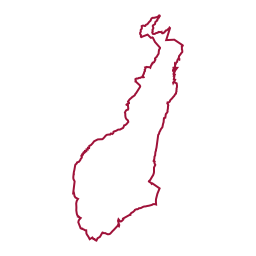 Chignautla, Puebla, Mexico (Natural Earth projection)
{"feature_id": "50627088B95871008533401", "entity_name": "Chignautla", "entity_type": "district", "adm_level": 2, "iso_a3": "MEX", "parent_name": "Mexico", "parent_adm1": "Puebla", "projection": "natural_earth1", "projection_center": [-97.415, 19.757], "detail": "fine", "context": "isolated", "style": "outline", "palette": "rose", "viewbox_px": 256, "rotation_deg": 0, "n_neighbors": 0, "source": "geoboundaries", "source_scale": "gbopen_adm2", "svg_char_len": 5702}
<svg xmlns="http://www.w3.org/2000/svg" viewBox="0 0 256 256"><path d="M107.0,134.8L106.4,135.1L105.5,135.9L104.1,137.6L102.8,138.9L102.3,139.2L97.9,139.4L97.2,139.7L94.1,141.3L92.6,143.3L91.0,145.0L89.3,145.9L89.1,148.0L87.9,147.8L87.7,149.6L86.5,149.4L86.3,151.2L85.0,151.0L85.0,151.9L84.6,151.9L84.5,152.3L84.2,152.2L84.1,152.6L83.7,152.6L83.7,153.0L83.3,153.0L83.1,154.3L82.4,154.2L82.3,155.1L81.8,155.1L81.3,155.9L81.9,156.9L81.8,157.4L81.6,157.9L80.6,159.1L80.2,160.2L78.8,161.9L77.2,162.3L76.9,162.7L76.8,163.4L75.4,164.6L75.1,165.7L74.4,169.8L73.8,172.3L73.8,174.1L73.6,174.1L73.3,177.1L73.4,178.7L73.6,179.4L74.6,181.3L74.6,181.6L73.2,193.1L73.9,192.8L74.5,196.0L75.4,197.5L78.0,198.9L77.6,199.4L76.7,201.1L76.2,203.4L76.4,207.4L76.3,210.4L76.8,213.7L77.2,215.0L77.7,215.7L79.2,217.0L78.9,217.1L80.7,218.0L80.2,218.7L79.5,219.2L78.7,220.6L78.3,222.2L80.6,228.2L81.9,228.5L81.8,228.8L83.7,229.4L84.8,230.2L86.2,230.3L86.4,233.4L86.9,234.5L88.4,236.7L89.7,239.2L92.4,237.5L93.0,238.3L93.4,239.1L94.5,239.0L95.2,240.1L96.4,240.6L97.6,238.2L99.9,236.9L102.4,232.6L102.7,232.5L103.5,233.1L104.5,233.1L105.3,233.1L106.3,233.7L107.9,234.3L109.4,234.1L110.3,233.6L112.8,230.8L113.5,230.2L117.9,225.5L118.9,226.3L119.2,225.3L119.2,224.9L118.3,224.2L118.8,223.4L118.0,220.9L118.5,219.3L120.1,221.2L120.8,221.5L121.5,221.2L123.3,219.5L123.0,218.6L129.8,214.8L129.9,215.0L130.4,214.9L130.4,214.0L131.4,212.9L132.9,212.1L134.0,211.1L134.5,210.7L134.9,209.9L136.5,209.2L137.3,209.3L138.4,208.8L139.0,208.2L139.9,208.2L140.9,208.0L143.2,206.8L144.2,206.5L145.7,206.4L147.2,206.0L149.0,205.7L151.9,204.9L153.2,204.1L154.8,204.1L156.1,204.5L155.9,201.5L156.0,199.2L157.4,193.7L159.6,188.4L152.4,183.4L151.7,183.9L151.2,183.1L150.9,182.8L148.9,181.5L149.0,181.1L150.2,180.0L152.3,176.4L153.1,175.2L153.8,173.2L154.0,172.0L154.0,167.5L155.3,164.9L154.6,163.5L154.3,162.1L154.7,161.6L154.4,161.1L153.9,161.2L153.6,161.0L154.3,159.0L154.5,156.5L155.1,155.5L155.4,152.1L156.0,150.5L155.9,150.1L156.5,147.6L158.2,134.9L159.0,133.8L159.4,132.1L160.3,130.6L160.6,129.7L161.1,128.9L162.4,127.2L163.0,124.1L163.6,122.1L163.8,119.5L164.0,118.9L163.9,118.4L164.2,117.9L165.3,117.7L165.6,115.8L165.6,115.2L165.8,114.3L166.1,113.6L166.5,113.4L167.6,111.7L167.5,111.3L167.5,110.6L167.9,108.5L168.0,106.3L168.3,105.4L168.1,105.1L168.1,104.5L167.3,103.4L167.5,102.7L167.9,103.0L168.2,102.5L168.8,102.3L169.8,101.5L170.1,100.5L170.7,99.7L171.7,98.8L173.7,96.4L174.0,96.2L175.5,93.8L176.0,93.6L176.1,92.2L176.5,91.5L176.4,90.3L176.6,89.5L176.5,88.7L176.9,87.3L177.0,85.9L176.7,83.4L174.2,82.2L173.5,82.4L173.2,83.0L173.1,82.7L173.3,82.3L173.8,81.9L174.1,81.4L174.6,80.9L175.1,79.7L173.8,79.4L174.4,76.1L173.8,75.9L174.2,75.1L174.1,74.8L174.6,74.9L174.8,74.5L174.3,74.3L173.7,74.4L173.5,74.1L173.7,73.1L173.8,72.9L173.9,72.6L174.2,72.7L174.5,71.5L174.8,71.5L175.1,70.6L177.1,67.9L176.2,67.9L175.3,69.0L173.3,70.4L173.0,70.5L173.0,70.2L173.4,70.0L173.4,69.3L173.7,68.6L173.5,67.7L174.5,67.5L175.1,66.5L175.0,66.0L175.1,65.1L175.2,64.9L175.0,64.3L175.0,63.9L175.5,64.4L175.8,63.8L175.9,63.1L176.2,62.8L176.3,62.4L177.0,62.0L177.2,61.7L177.2,61.1L177.4,60.2L177.8,59.4L178.5,59.2L179.3,59.6L179.4,59.0L178.5,58.3L179.0,57.0L179.0,56.2L180.8,53.9L181.1,53.3L182.2,52.2L182.3,51.6L182.2,50.0L181.9,49.5L181.9,47.3L181.8,47.0L181.8,46.5L182.1,46.5L182.8,45.6L182.7,45.3L174.3,39.7L166.2,40.1L170.0,28.1L169.5,27.6L168.9,28.7L168.3,29.0L166.9,30.2L166.4,30.5L165.8,30.5L164.3,32.5L164.1,32.5L163.1,32.9L163.0,33.2L162.3,33.3L161.7,32.6L161.6,32.2L161.5,32.3L160.2,32.0L159.5,32.1L158.8,31.9L158.2,32.2L157.8,32.7L156.0,33.1L154.9,33.8L153.9,34.0L152.8,33.8L152.2,32.2L152.7,31.6L152.7,31.4L152.7,30.8L152.5,30.4L152.5,29.7L153.2,28.7L153.3,28.0L153.3,27.6L152.8,26.5L152.8,25.7L153.1,25.3L154.9,24.2L155.1,23.6L155.3,22.2L155.6,21.7L156.4,21.2L157.1,20.6L157.0,20.1L157.6,19.6L157.7,18.9L158.1,18.2L159.0,17.6L159.2,16.8L159.8,16.1L159.7,15.6L159.4,15.4L159.2,15.4L158.7,15.7L158.0,16.8L154.1,17.8L152.6,17.8L151.6,18.4L151.0,19.4L150.6,20.6L149.2,21.9L147.4,24.2L146.0,24.8L145.6,25.2L145.3,25.9L144.7,26.0L143.4,25.6L142.5,25.7L141.7,26.1L141.9,28.1L141.7,28.7L141.4,29.2L140.9,29.6L140.7,30.1L140.8,31.6L140.6,32.1L140.2,32.6L140.1,33.1L140.2,34.1L140.5,34.6L140.9,34.9L141.0,35.5L140.9,36.2L140.9,36.7L141.3,37.1L142.9,36.4L147.6,34.6L150.8,37.8L151.2,37.8L152.3,37.4L152.9,37.8L155.0,42.0L160.0,47.7L159.9,48.6L159.4,49.1L159.1,49.6L158.8,51.3L158.6,53.7L157.3,55.7L156.9,56.6L155.5,57.9L155.0,58.5L155.0,59.1L155.4,59.6L155.3,59.9L154.1,62.2L152.6,62.7L152.6,63.5L152.1,63.9L151.8,64.0L151.5,65.0L151.2,65.2L150.9,65.9L150.3,67.7L149.9,67.4L149.3,67.2L147.5,67.1L146.8,66.9L145.2,67.4L145.6,68.1L145.2,69.1L144.7,69.7L144.7,70.1L145.0,70.7L144.9,71.2L144.3,71.9L144.0,72.9L143.9,73.8L143.5,74.1L143.1,75.2L142.7,75.8L142.7,76.1L142.8,76.3L143.2,76.4L143.6,77.2L143.0,77.3L141.8,77.1L141.4,77.2L140.2,77.9L139.0,77.9L138.5,78.1L137.9,78.5L136.4,78.5L135.4,79.2L135.6,80.0L135.5,81.3L136.0,81.3L136.1,81.9L139.6,85.1L140.2,86.2L140.0,87.0L136.0,93.3L135.5,93.7L135.0,94.8L134.6,95.4L132.8,96.7L132.4,96.8L131.8,97.5L129.7,99.3L129.2,99.9L128.6,100.9L128.0,101.5L128.1,101.9L128.8,102.5L129.0,102.8L129.0,103.2L127.3,104.0L126.5,104.6L126.6,104.9L127.9,104.9L128.3,108.8L127.8,109.7L127.5,109.6L126.1,110.4L125.2,111.9L124.9,112.7L125.1,113.0L125.3,113.8L125.3,115.7L125.6,117.5L126.1,118.6L126.7,119.4L127.9,120.4L128.3,121.9L126.7,123.9L125.4,125.0L124.1,125.4L123.8,126.5L123.1,127.9L119.9,129.6L118.2,129.6L116.3,130.7L115.3,131.1L114.4,131.3L113.5,131.8L113.4,132.7L113.1,133.3L112.2,134.0L111.5,133.6L110.9,133.5L110.3,134.2L110.2,134.5L109.6,134.6L109.1,134.5L107.0,134.8Z" fill="none" stroke="#9f1239" stroke-width="2"/></svg>